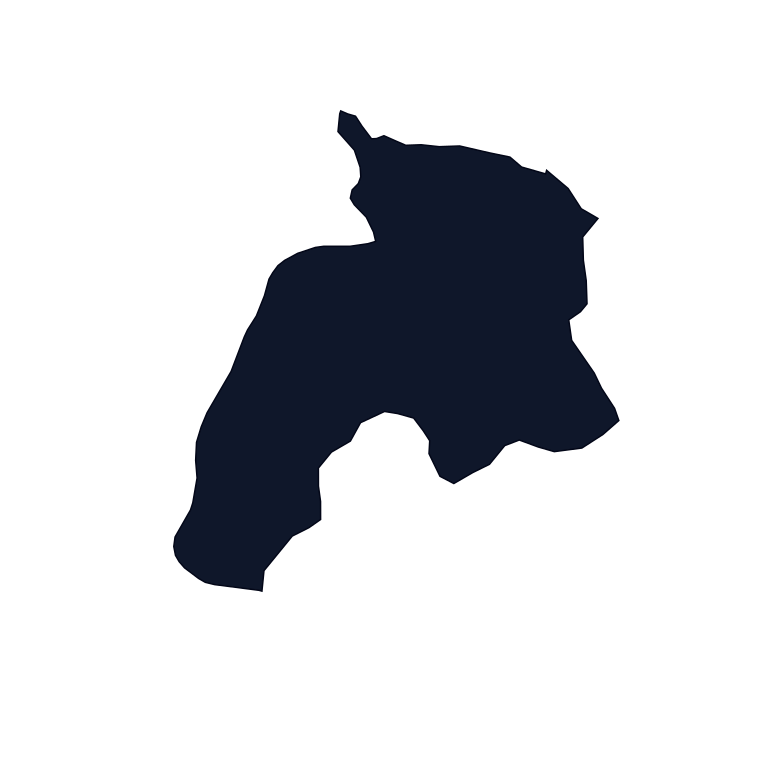 outline of Kujang, P'yŏngan-bukto, North Korea, rotated 129°
{"feature_id": "82179303B72462969749210", "entity_name": "Kujang", "entity_type": "district", "adm_level": 2, "iso_a3": "PRK", "parent_name": "North Korea", "parent_adm1": "P'yŏngan-bukto", "projection": "albers", "projection_center": [126.087, 39.934], "detail": "fine", "context": "isolated", "style": "filled", "palette": "ink", "viewbox_px": 768, "rotation_deg": 129, "n_neighbors": 0, "source": "geoboundaries", "source_scale": "gbopen_adm2", "svg_char_len": 1407}
<svg xmlns="http://www.w3.org/2000/svg" viewBox="0 0 768 768"><g transform="rotate(129 384 384)"><path d="M264.6,178.5L257.8,189.5L250.4,212.3L243.2,227.5L232.0,265.6L217.9,280.8L204.2,276.8L193.9,276.7L176.4,291.9L162.3,307.0L144.7,322.1L120.7,321.9L123.7,341.0L116.2,363.9L115.6,392.1L119.0,390.6L128.8,413.6L128.4,428.9L138.3,448.1L151.4,475.0L164.8,490.4L174.7,505.7L184.8,517.3L188.0,528.8L191.1,540.3L197.9,544.2L201.3,548.0L197.5,563.3L193.8,574.7L197.0,582.3L199.0,589.5L201.8,588.5L216.8,578.6L220.9,554.2L230.6,538.9L237.6,532.4L244.4,530.1L253.2,530.9L260.8,527.1L263.4,519.9L265.5,502.7L272.5,487.8L278.4,480.2L285.1,484.8L298.3,497.0L315.0,517.6L321.1,523.3L336.7,533.3L350.4,539.0L358.6,540.9L367.4,540.5L374.8,539.4L390.6,532.5L406.9,527.4L411.4,526.0L427.8,524.1L435.4,522.2L470.5,510.7L517.7,503.4L532.3,499.1L547.3,493.0L561.9,482.3L574.7,470.1L596.7,457.8L603.7,455.1L634.4,450.1L642.6,445.1L648.4,438.2L651.0,431.3L652.4,423.3L651.8,405.7L650.6,398.1L646.5,389.4L623.0,351.3L621.8,348.5L604.6,359.8L583.9,359.7L559.9,359.6L542.8,351.9L529.2,348.0L515.2,359.4L504.6,370.7L490.6,382.1L470.0,382.0L449.5,374.2L428.8,377.9L405.0,366.3L398.4,354.8L391.8,339.5L395.6,324.2L399.3,312.8L409.8,305.2L420.5,282.4L417.4,267.1L397.0,259.3L380.0,251.5L355.9,251.4L342.4,243.6L335.9,224.5L329.4,209.1L309.2,189.9L285.4,182.1L264.6,178.5Z" fill="#0f172a" stroke="#020617" stroke-width="1.5"/></g></svg>